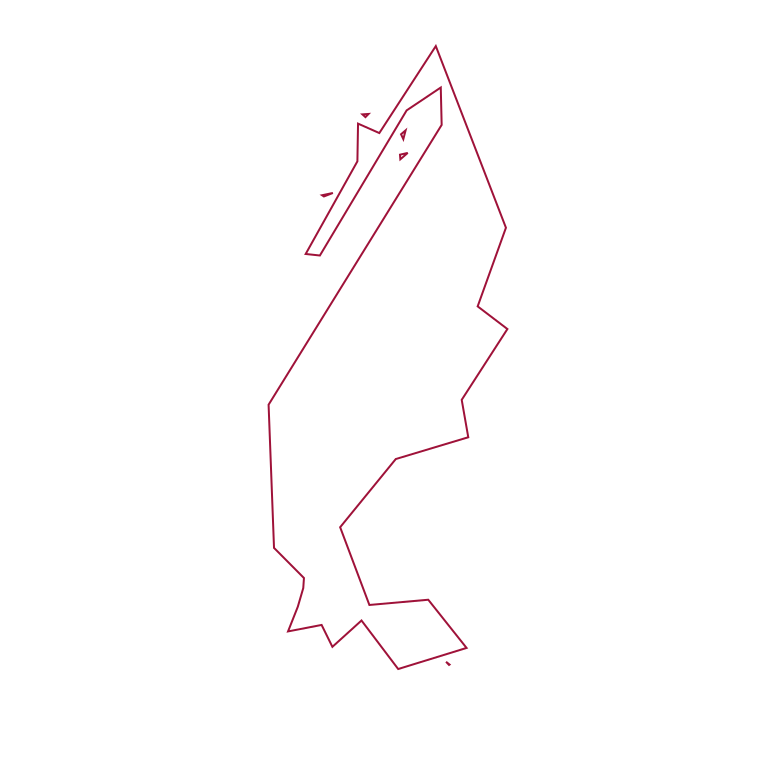 an SVG outline of Mexico, rotated 64°
{"feature_id": "MEX", "entity_name": "Mexico", "entity_type": "country or territory", "adm_level": 0, "iso_a3": "MEX", "parent_name": "North America", "parent_adm1": "", "projection": "robinson", "projection_center": [-103.635, 23.63], "detail": "coarse", "context": "isolated", "style": "outline", "palette": "rose", "viewbox_px": 768, "rotation_deg": 64, "n_neighbors": 0, "source": "natural_earth", "source_scale": "50m", "svg_char_len": 770}
<svg xmlns="http://www.w3.org/2000/svg" viewBox="0 0 768 768"><g transform="rotate(64 384 384)"><path d="M103.0,189.3L297.0,205.9L355.3,265.8L388.7,249.0L432.3,321.1L468.8,331.6L456.6,406.3L493.5,486.2L576.2,494.0L597.3,438.8L657.4,425.5L646.4,496.2L586.7,507.9L597.6,545.6L573.2,545.7L564.3,578.7L546.4,559.1L532.0,546.0L523.3,541.0L483.1,554.7L352.0,496.8L176.4,218.6L142.4,203.0L148.0,243.7L240.4,385.3L232.8,397.4L172.2,310.3L138.6,293.2L156.4,278.2L103.0,189.3ZM186.7,261.4L189.2,270.8L184.9,269.1L186.7,261.4ZM172.4,259.3L167.0,259.2L165.5,253.4L172.4,259.3ZM665.0,448.7L660.9,450.0L664.9,448.1L665.0,448.7ZM189.1,355.8L187.2,356.9L189.9,346.2L189.1,355.8ZM136.0,283.7L132.2,285.2L134.5,279.5L136.0,283.7Z" fill="none" stroke="#9f1239" stroke-width="2"/></g></svg>